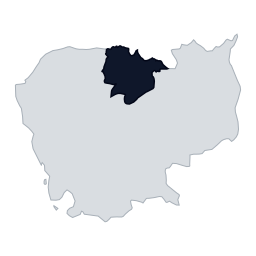 Preah Vihéar highlighted on a map of Cambodia
{"feature_id": "KHM-1791", "entity_name": "Preah Vihéar", "entity_type": "Province", "adm_level": 1, "iso_a3": "KHM", "parent_name": "Cambodia", "parent_adm1": "", "projection": "mercator", "projection_center": [105.055, 13.778], "detail": "fine", "context": "in_parent", "style": "filled", "palette": "ink", "viewbox_px": 256, "rotation_deg": 0, "n_neighbors": 0, "source": "natural_earth", "source_scale": "10m", "svg_char_len": 5357}
<svg xmlns="http://www.w3.org/2000/svg" viewBox="0 0 256 256"><path d="M237.0,34.2L237.6,36.7L235.9,41.2L233.9,45.4L230.4,49.0L230.2,51.7L229.0,59.7L229.4,62.2L230.3,64.4L231.4,65.6L234.5,73.3L237.4,80.4L240.1,86.2L240.6,89.9L238.1,99.2L235.1,107.8L235.4,112.0L236.6,116.3L238.0,121.9L238.5,129.2L237.8,133.9L236.4,136.8L233.8,139.8L231.6,141.4L228.9,138.8L226.8,138.7L223.9,139.5L221.6,140.7L217.0,145.1L211.9,149.4L204.8,150.5L202.1,153.6L199.1,154.1L193.5,154.2L189.9,155.0L190.0,156.6L189.7,164.1L189.8,165.9L189.2,166.4L186.7,166.6L182.4,165.4L176.6,163.6L172.5,163.3L170.3,166.6L169.1,167.9L167.5,168.0L165.9,168.6L165.3,170.1L165.2,171.9L166.0,175.1L166.3,180.1L166.1,183.4L167.6,185.6L176.5,192.8L179.1,194.6L179.4,195.7L177.8,199.6L179.2,205.1L176.4,205.0L171.8,202.7L169.6,201.2L166.9,202.4L166.0,202.2L164.1,199.4L161.8,196.7L159.3,196.5L154.2,197.6L148.9,198.3L146.9,198.3L146.1,198.8L143.0,203.0L141.7,202.2L136.4,200.7L131.5,200.1L130.5,201.1L131.1,204.5L132.2,207.8L131.6,209.2L128.9,210.9L125.4,214.0L123.2,216.4L121.7,217.0L116.4,216.9L111.0,217.2L108.9,219.5L106.9,221.3L105.1,221.8L98.2,216.1L84.3,214.2L82.8,211.7L81.5,211.2L80.2,214.4L72.6,217.5L69.4,215.7L67.0,213.4L67.4,210.6L69.6,208.3L73.4,206.7L75.1,201.0L72.2,193.7L69.7,191.6L67.0,189.9L64.2,192.6L61.9,197.2L59.4,199.6L56.0,200.2L50.9,200.0L48.9,193.0L48.2,187.1L48.9,180.3L49.7,176.2L44.8,170.6L44.5,165.3L42.2,162.6L41.5,164.0L41.5,165.5L40.9,164.4L33.1,148.8L31.8,141.6L33.2,136.0L33.9,134.1L31.7,131.2L28.6,127.9L23.0,123.5L22.6,116.6L21.4,108.4L19.7,105.7L17.2,100.6L15.8,96.5L15.4,85.4L16.1,84.5L20.0,84.2L25.0,83.4L25.8,81.6L24.9,80.2L28.2,77.7L32.8,72.2L36.4,66.5L39.0,62.8L40.5,59.2L45.7,54.2L52.9,50.6L57.7,49.8L62.8,48.6L67.6,46.9L69.9,46.7L76.0,48.8L79.2,49.3L82.7,49.3L86.2,49.5L89.3,49.3L96.7,47.9L104.5,49.0L111.5,48.1L120.2,46.4L124.4,47.5L128.3,49.2L128.8,52.5L129.7,54.1L131.0,55.3L132.8,55.3L135.0,52.9L136.8,50.5L137.4,50.0L137.5,51.2L138.4,53.8L140.1,56.4L141.7,58.2L144.5,60.4L146.3,60.5L152.2,58.4L161.1,61.5L162.2,63.1L165.0,66.3L168.1,68.6L175.1,68.7L177.5,63.1L176.3,59.7L172.4,53.7L171.3,50.2L172.6,49.5L179.3,48.9L180.3,48.2L181.8,44.3L183.6,44.8L187.3,45.3L191.3,42.6L193.6,39.8L194.9,41.1L196.2,43.0L197.8,44.2L200.6,45.8L203.7,48.2L205.6,50.5L207.2,51.4L211.1,50.8L212.2,50.9L214.5,48.1L216.1,46.5L217.5,47.0L219.5,46.9L223.6,43.4L226.0,40.1L227.3,39.2L231.0,40.8L232.5,40.5L234.7,36.0L237.0,34.2ZM46.3,183.8L45.5,184.3L44.8,184.3L44.1,183.6L44.1,181.1L44.7,179.6L45.9,179.3L46.3,183.8ZM57.9,208.4L56.3,210.1L53.9,206.7L53.9,205.7L57.9,208.4Z" fill="#d9dde1" stroke="#a8b0b8" stroke-width="1"/><path d="M119.9,45.9L120.6,46.0L121.1,46.3L121.7,46.8L122.4,47.1L122.7,47.2L123.5,47.0L123.9,47.1L124.2,47.2L124.9,47.7L125.3,47.8L126.0,48.0L127.7,48.3L128.5,48.5L128.7,49.0L128.7,49.6L128.5,51.6L128.6,52.0L129.9,54.5L130.7,55.4L131.6,55.8L133.9,55.1L135.2,52.9L136.2,50.7L137.4,50.1L137.4,51.4L137.6,52.5L138.0,53.4L140.5,57.2L141.3,58.0L141.6,58.2L142.2,58.4L142.5,58.6L143.6,60.1L144.0,60.4L144.4,60.6L145.1,60.7L146.3,60.7L147.6,60.5L148.8,60.1L149.8,59.4L150.5,59.2L151.1,58.9L152.3,58.0L152.7,58.3L153.0,58.5L153.3,58.8L153.5,59.2L154.2,58.9L154.9,59.3L155.6,59.9L155.9,60.7L156.6,60.2L157.0,60.3L157.4,60.5L158.1,60.8L158.7,60.9L159.6,60.8L160.1,60.8L161.3,61.4L161.9,62.5L162.4,63.7L163.1,64.8L166.8,68.0L167.8,68.6L167.5,68.7L167.1,68.9L166.2,69.0L161.2,69.0L160.5,69.1L160.2,69.2L159.9,69.4L159.8,69.6L159.7,70.0L159.8,70.3L159.8,70.5L160.0,70.9L160.0,71.0L159.8,71.2L159.6,71.4L159.2,71.5L158.8,71.5L158.7,71.5L158.6,71.4L158.4,71.2L158.1,71.1L157.7,71.2L157.2,71.3L156.8,71.4L156.5,71.7L156.3,71.8L156.2,71.9L155.9,71.8L155.8,71.7L155.7,71.6L155.4,71.0L155.3,70.9L155.1,70.8L155.0,70.7L154.9,70.6L154.7,70.6L154.2,70.6L153.9,70.7L153.8,70.8L153.5,71.0L153.0,71.6L152.8,71.7L152.6,71.8L152.3,72.1L152.2,72.3L152.1,72.5L152.0,72.9L152.1,74.8L152.1,75.3L152.1,75.5L152.3,76.0L152.6,76.4L152.8,76.6L152.9,76.8L153.1,76.8L153.3,77.1L153.5,77.4L154.0,78.8L154.3,81.2L153.8,87.4L152.9,88.6L147.1,91.6L146.1,92.0L137.7,97.9L137.5,98.1L136.9,99.0L136.6,99.4L133.7,102.0L129.5,104.0L127.0,103.8L126.0,103.4L125.5,103.0L125.3,102.8L125.1,102.5L124.7,101.6L124.6,100.7L124.4,99.0L124.6,97.0L124.9,96.2L125.3,95.3L125.4,95.0L125.4,94.6L125.1,94.4L124.7,94.3L120.6,93.4L118.0,93.4L116.6,93.8L115.1,94.4L111.0,96.7L111.6,90.9L111.9,90.1L112.4,89.2L116.0,84.3L116.0,84.0L116.0,83.9L115.6,83.8L115.2,84.1L114.0,84.6L113.5,84.6L109.8,83.6L106.1,83.0L105.3,82.8L105.1,82.8L105.0,82.6L104.8,82.4L104.6,82.1L104.5,81.8L104.4,81.5L104.4,81.2L104.4,80.7L104.6,80.1L105.1,79.2L105.2,78.7L105.3,78.2L105.0,76.0L104.9,75.7L104.7,75.3L104.6,75.1L104.4,74.8L104.3,74.4L104.1,73.5L104.0,73.4L103.8,73.3L103.7,73.2L103.3,72.2L103.1,71.9L102.9,71.8L102.7,71.7L102.2,71.6L102.0,71.3L103.6,69.0L103.8,68.7L103.9,68.3L104.0,67.8L103.9,67.5L104.0,66.9L106.0,61.5L106.2,59.4L106.5,58.6L107.0,58.0L107.2,57.7L108.0,57.1L108.2,56.8L108.2,56.7L107.1,55.8L105.8,54.2L105.7,54.0L105.7,53.8L105.8,53.5L106.0,53.4L106.3,53.0L106.3,52.7L106.3,51.2L106.5,50.3L106.5,49.6L106.9,49.4L107.2,49.2L107.5,48.9L108.0,48.8L108.7,49.0L109.4,49.3L110.1,49.4L111.0,49.1L111.4,48.5L111.8,47.8L112.3,47.2L113.0,46.8L113.7,46.8L114.7,47.3L115.5,47.2L116.2,46.3L116.5,46.2L116.9,46.3L117.1,47.1L117.4,47.4L118.0,47.2L119.3,46.2L119.9,45.9Z" fill="#0f172a" stroke="#020617" stroke-width="1.5"/></svg>